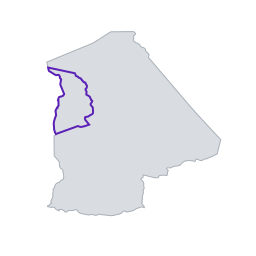 location of Illizi within Algeria, rotated 192°
{"feature_id": "DZA-2188", "entity_name": "Illizi", "entity_type": "Province", "adm_level": 1, "iso_a3": "DZA", "parent_name": "Algeria", "parent_adm1": "", "projection": "robinson", "projection_center": [8.244, 27.011], "detail": "fine", "context": "in_parent", "style": "outline", "palette": "violet", "viewbox_px": 256, "rotation_deg": 192, "n_neighbors": 0, "source": "natural_earth", "source_scale": "10m", "svg_char_len": 5808}
<svg xmlns="http://www.w3.org/2000/svg" viewBox="0 0 256 256"><g transform="rotate(192 128 128)"><path d="M190.2,34.3L190.4,34.8L190.4,35.3L189.6,35.8L189.0,36.1L188.4,37.5L187.2,38.4L187.0,38.7L187.0,38.9L187.8,39.3L188.1,39.7L188.2,40.2L187.8,42.1L187.3,45.5L187.3,46.2L187.6,47.1L187.9,47.7L188.0,48.5L187.9,50.4L188.3,51.5L188.6,52.5L187.9,53.7L187.6,54.8L187.4,56.4L187.3,57.4L186.8,58.3L186.2,59.2L185.5,59.7L184.7,60.2L183.7,60.8L182.9,62.5L181.2,63.8L180.9,64.3L180.7,65.4L180.7,66.9L181.0,68.1L181.8,69.9L182.6,71.9L182.8,72.9L183.0,73.2L184.0,73.9L185.8,74.8L186.1,75.1L187.0,76.5L187.8,78.9L188.1,80.5L191.2,83.0L194.2,85.1L194.4,85.5L196.0,92.8L196.6,95.4L198.7,104.9L197.8,105.4L196.8,106.1L197.5,107.4L198.9,109.5L199.8,111.1L200.1,111.9L200.7,114.0L201.3,116.0L201.4,116.6L201.6,118.2L201.4,122.5L201.8,127.9L202.3,130.6L201.5,133.1L200.8,135.4L200.9,136.6L201.3,138.4L201.6,139.8L202.2,140.5L202.1,142.8L201.9,143.6L200.3,144.8L198.5,145.9L198.1,146.9L197.9,147.9L198.2,148.7L203.2,156.5L203.3,157.3L203.4,159.5L204.3,162.2L205.2,163.4L205.5,164.3L206.2,164.9L206.8,165.4L207.2,165.5L209.4,164.7L213.3,166.0L216.9,167.2L217.1,167.5L219.3,171.7L221.1,175.6L180.3,203.5L175.8,207.7L165.3,218.2L164.4,218.6L150.5,221.7L143.3,223.3L142.9,223.3L142.5,223.4L142.2,223.3L141.6,223.1L140.9,222.5L140.4,222.1L140.2,221.6L140.5,221.0L140.9,220.4L141.0,219.9L141.3,219.6L141.6,219.3L141.6,218.9L141.4,218.2L141.1,217.3L141.2,215.7L141.2,214.9L140.5,214.3L139.3,213.6L138.1,213.2L137.6,213.0L136.3,212.8L134.5,212.3L133.9,212.0L132.8,210.5L132.2,210.1L129.6,209.8L128.7,209.6L128.0,209.2L127.4,208.7L127.0,207.9L126.9,207.2L126.7,206.8L123.8,205.2L123.0,204.6L122.7,204.1L122.7,203.3L122.7,202.3L122.6,201.5L122.5,201.1L71.7,162.1L68.9,160.0L62.8,155.5L34.9,135.9L35.4,121.8L35.5,121.1L35.7,120.8L36.6,120.3L38.1,119.1L38.6,118.6L39.3,118.0L41.8,116.4L42.3,116.0L44.7,114.2L45.2,113.9L46.5,113.7L47.0,113.4L47.7,112.6L48.8,111.8L49.5,111.4L50.1,111.3L52.2,111.5L53.1,111.7L54.2,111.8L54.5,111.7L54.8,111.5L55.2,110.9L55.3,110.2L55.4,109.6L55.4,109.3L55.6,109.2L56.1,109.2L56.7,109.3L58.0,109.3L58.4,109.2L59.9,109.1L62.0,108.7L64.9,107.8L66.3,106.7L67.4,105.6L68.5,103.9L69.4,102.4L71.1,101.5L72.6,100.9L73.4,100.7L75.3,99.9L78.4,97.7L80.9,97.4L81.2,97.1L81.6,96.8L81.6,96.1L81.2,95.6L80.7,95.3L80.4,95.1L80.0,95.0L79.8,94.7L79.9,94.1L80.0,93.5L80.3,93.0L80.2,92.2L79.9,91.4L79.8,90.8L79.9,90.2L80.1,89.8L80.6,89.5L81.2,89.4L82.0,89.5L83.5,89.3L87.3,88.0L87.6,87.6L87.9,86.6L88.1,85.8L88.5,85.5L88.8,85.4L91.8,84.9L92.5,84.9L98.1,85.1L102.9,85.3L103.3,85.1L103.3,84.5L103.0,83.4L103.2,82.7L103.9,82.0L104.8,81.3L104.4,80.4L103.8,79.8L102.8,79.1L102.4,78.8L101.5,78.0L101.0,77.0L100.7,74.9L100.1,73.8L99.7,72.3L100.2,69.7L99.6,68.1L99.5,67.5L99.5,66.6L99.8,65.3L99.7,63.3L99.0,61.3L99.4,60.6L99.6,60.2L99.5,59.9L98.8,59.3L98.6,58.8L98.7,58.3L99.1,57.5L99.1,57.2L98.0,56.3L96.2,54.9L95.7,54.3L95.5,53.5L97.3,53.7L98.2,53.6L100.3,52.7L102.0,51.4L103.3,50.8L104.5,49.4L105.6,48.5L107.1,47.6L111.5,45.6L112.1,45.5L113.5,46.0L114.8,45.9L115.6,45.2L116.6,43.4L118.0,42.4L119.8,41.4L122.3,40.4L123.9,39.4L126.4,38.7L132.6,38.1L135.9,37.7L138.0,37.8L140.3,36.3L141.4,35.9L146.2,35.8L148.4,34.7L156.9,34.7L158.0,35.0L159.0,35.6L160.7,37.0L161.6,37.3L162.7,37.0L165.4,35.7L168.3,35.0L169.9,34.3L170.6,33.1L172.0,32.7L172.8,33.6L175.8,34.5L177.7,34.2L178.5,33.9L178.2,32.6L180.2,33.0L181.7,33.6L183.3,34.9L184.4,35.1L186.3,34.5L190.2,34.3Z" fill="#d9dde1" stroke="#a8b0b8" stroke-width="1"/><path d="M197.3,107.1L197.8,107.6L199.0,109.4L200.0,111.4L200.7,114.0L201.5,116.5L201.7,118.1L201.7,120.1L201.5,121.9L201.0,125.6L201.2,126.2L202.5,129.8L202.5,130.2L202.4,130.3L201.8,132.4L201.7,132.6L201.4,132.7L201.2,132.9L201.3,133.1L201.4,133.4L201.5,133.6L201.4,133.8L201.0,134.2L200.9,134.5L200.8,135.1L200.6,135.5L200.6,135.8L201.4,138.7L201.5,139.8L201.6,140.0L202.1,140.3L202.3,140.4L202.3,140.6L202.1,141.7L202.1,142.1L202.2,142.4L202.2,142.6L201.8,143.9L201.6,144.1L198.5,145.7L198.4,146.0L198.3,146.3L198.0,146.6L197.9,147.0L197.7,147.2L197.5,147.7L197.7,148.3L199.0,150.1L200.4,152.2L201.5,153.8L202.9,155.8L203.2,156.5L203.4,157.2L203.4,158.6L203.5,160.0L203.5,161.5L203.6,161.8L204.9,162.6L205.1,162.9L205.3,163.9L205.4,164.3L205.6,164.5L206.8,165.5L207.3,165.5L208.3,165.1L209.3,164.7L209.5,164.7L211.5,165.3L213.6,166.1L216.5,167.1L216.9,167.2L217.2,167.4L217.4,167.7L218.1,169.1L218.7,170.5L191.5,170.5L191.4,170.5L191.3,170.4L191.0,170.1L190.8,169.8L190.5,169.4L190.1,168.5L190.0,168.4L189.9,168.2L189.7,168.1L189.4,168.1L188.6,168.0L187.8,167.7L187.7,167.7L187.5,167.4L187.4,167.4L187.2,167.4L186.6,167.1L186.0,166.8L185.7,166.8L185.3,166.8L184.7,166.7L184.3,166.4L184.2,166.4L184.0,166.1L183.9,166.1L183.7,166.0L183.6,165.9L183.1,165.3L183.0,165.2L182.8,165.2L182.4,164.9L182.2,164.7L181.9,164.4L181.7,164.2L181.4,164.2L181.2,164.1L180.9,163.9L180.7,163.7L180.1,163.7L179.7,163.6L179.3,163.5L179.3,163.4L179.2,163.4L179.1,163.2L178.9,163.1L178.7,162.8L178.4,162.5L178.2,162.0L178.0,161.8L177.9,161.7L177.3,161.3L177.1,161.1L177.0,160.8L176.8,160.0L176.8,158.8L176.8,158.7L177.0,158.2L177.5,157.5L177.5,157.4L177.6,157.2L177.5,156.9L177.5,156.7L177.4,156.6L177.3,156.3L177.0,156.1L176.0,154.7L175.9,152.7L175.8,152.3L175.7,152.0L173.4,151.3L173.1,151.2L172.9,151.1L171.9,150.6L171.7,150.4L169.8,147.7L169.7,147.7L168.8,147.2L168.7,147.1L168.6,146.9L168.6,146.7L168.6,146.4L168.6,146.2L168.7,145.9L169.5,144.1L169.5,143.9L169.5,143.6L169.5,143.4L169.4,143.2L169.2,142.8L168.9,142.5L167.1,141.1L166.8,140.7L166.7,140.5L166.6,140.4L165.6,136.8L165.4,135.5L165.6,134.6L165.9,134.1L166.5,133.6L167.2,133.1L169.4,130.9L171.8,129.9L172.2,129.6L172.0,128.3L171.7,127.4L171.2,126.9L166.7,123.2L170.9,120.7L174.2,119.2L175.6,119.2L177.4,119.5L197.3,107.1Z" fill="none" stroke="#5b21b6" stroke-width="2"/></g></svg>